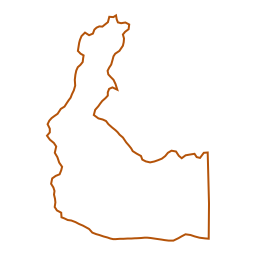 outline of Rio Novo do Sul, Espírito Santo, Brazil
{"feature_id": "56859067B31153561373586", "entity_name": "Rio Novo do Sul", "entity_type": "district", "adm_level": 2, "iso_a3": "BRA", "parent_name": "Brazil", "parent_adm1": "Espírito Santo", "projection": "mercator", "projection_center": [-40.93, -20.784], "detail": "fine", "context": "isolated", "style": "outline", "palette": "amber", "viewbox_px": 256, "rotation_deg": 0, "n_neighbors": 0, "source": "geoboundaries", "source_scale": "gbopen_adm2", "svg_char_len": 2048}
<svg xmlns="http://www.w3.org/2000/svg" viewBox="0 0 256 256"><path d="M109.3,16.8L107.9,22.2L104.6,24.8L102.4,26.6L99.3,26.4L96.6,27.6L94.4,29.6L92.9,33.6L89.1,35.2L85.0,32.6L81.5,36.1L80.0,39.8L79.2,42.7L78.7,45.8L77.9,50.9L80.6,53.7L83.6,55.4L83.1,58.5L82.7,62.0L80.4,64.9L77.8,67.2L76.3,70.5L75.4,74.7L74.8,79.8L75.2,85.6L73.8,90.4L72.0,94.1L70.6,97.7L68.7,100.2L66.7,103.2L64.5,106.6L60.8,108.9L57.6,113.8L54.3,116.1L51.6,118.1L49.3,120.7L47.6,124.2L49.8,128.7L49.8,132.4L47.0,135.7L49.9,139.7L53.9,143.0L56.2,146.5L55.5,149.6L54.8,152.8L57.4,157.2L59.2,162.6L62.1,166.8L61.2,170.3L59.6,174.3L55.7,175.9L52.2,178.4L51.1,183.8L53.4,187.5L54.5,191.0L54.0,194.6L55.0,198.8L55.4,202.4L54.7,207.0L56.9,210.4L61.2,212.7L61.5,217.3L64.4,218.4L67.7,220.0L71.3,220.5L75.5,222.1L79.1,224.0L82.9,225.6L89.1,229.0L92.3,232.6L96.1,234.1L99.3,235.0L103.7,236.5L107.5,237.5L110.3,238.5L113.0,239.1L116.0,239.1L119.9,238.8L123.4,238.8L128.3,238.5L131.8,238.5L134.6,238.3L137.7,238.2L141.1,238.0L144.3,237.7L147.5,237.7L150.7,238.0L155.3,238.7L161.7,239.6L164.6,240.1L168.7,240.6L173.4,240.6L178.4,238.2L181.5,236.4L185.5,234.3L190.5,235.0L194.6,236.4L199.5,237.7L205.1,238.4L208.7,238.7L209.0,203.7L207.7,152.5L203.8,152.8L200.0,157.9L196.7,157.1L194.5,153.8L189.6,154.6L185.6,155.3L181.7,158.2L178.8,155.8L176.0,151.5L171.5,150.7L167.9,152.8L165.2,156.1L161.8,158.7L158.0,160.2L154.3,161.5L150.1,162.4L145.8,161.4L142.3,159.6L141.0,156.0L136.6,153.6L132.7,151.1L131.2,148.4L128.9,145.5L126.2,142.4L122.9,137.5L119.6,134.7L117.6,132.2L115.5,130.2L112.0,127.4L108.5,124.3L106.0,121.0L102.7,119.5L98.4,118.4L93.8,115.0L95.2,109.8L98.3,106.3L100.2,103.6L102.2,101.0L105.5,98.1L107.8,95.6L107.8,92.3L109.1,88.9L112.4,87.4L117.3,89.7L115.5,84.0L113.5,79.8L110.7,77.0L108.3,74.4L107.6,70.8L109.2,67.6L111.2,64.6L112.6,59.7L113.5,56.3L115.2,53.7L119.4,50.9L122.9,45.7L123.7,42.2L124.0,38.5L122.9,34.5L125.1,31.8L128.6,29.2L129.2,24.5L125.4,22.5L121.1,23.2L117.9,22.4L116.7,19.3L116.0,15.4L113.4,17.1L109.3,16.8Z" fill="none" stroke="#b45309" stroke-width="2"/></svg>